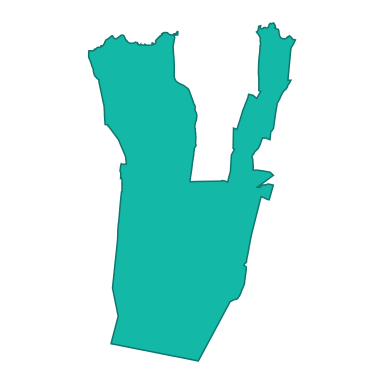 Sagaga le Falefa, A'ana, Samoa
{"feature_id": "51752279B7891864282518", "entity_name": "Sagaga le Falefa", "entity_type": "district", "adm_level": 2, "iso_a3": "WSM", "parent_name": "Samoa", "parent_adm1": "A'ana", "projection": "robinson", "projection_center": [-171.867, -13.864], "detail": "fine", "context": "isolated", "style": "filled", "palette": "teal", "viewbox_px": 384, "rotation_deg": 0, "n_neighbors": 0, "source": "geoboundaries", "source_scale": "gbopen_adm2", "svg_char_len": 4828}
<svg xmlns="http://www.w3.org/2000/svg" viewBox="0 0 384 384"><path d="M166.1,354.6L198.3,361.0L230.1,301.7L234.5,299.5L236.3,299.4L237.1,298.9L238.4,297.5L239.1,296.4L240.6,293.7L241.3,291.4L242.2,289.4L244.2,284.5L244.5,283.4L244.7,280.6L245.1,278.8L245.1,277.6L246.0,271.4L246.2,269.6L246.3,267.0L246.0,266.7L244.5,265.7L243.9,265.2L245.0,263.2L245.9,262.9L246.4,262.4L246.9,258.3L247.9,253.8L249.4,245.3L249.9,242.8L250.3,240.5L250.7,238.6L251.5,234.5L261.1,196.6L264.2,197.9L267.0,199.2L268.1,199.6L269.2,199.8L273.3,185.1L270.4,184.4L268.2,184.0L267.4,184.2L265.5,184.9L263.5,184.9L262.3,185.3L260.1,187.2L259.1,187.5L257.2,187.2L273.4,175.3L270.0,172.2L262.3,170.8L256.8,170.1L255.0,170.2L253.1,170.1L253.3,166.7L252.8,161.2L252.8,159.8L252.5,158.4L251.9,156.9L252.1,155.9L254.1,153.2L254.7,151.9L256.8,149.8L258.4,148.1L259.7,145.6L261.2,141.5L262.3,138.2L264.5,138.1L265.0,137.8L270.0,139.7L270.8,131.8L272.0,130.6L273.5,128.4L275.1,116.7L275.7,112.6L276.5,107.7L276.9,105.6L276.9,105.1L277.4,103.1L279.7,98.9L280.9,96.0L282.3,93.3L284.1,90.6L286.0,89.2L287.2,87.3L288.2,84.5L289.4,83.2L290.9,80.2L287.9,80.2L288.3,75.9L290.7,50.3L291.2,47.5L293.3,44.3L295.4,39.9L294.1,39.5L293.0,39.6L292.0,38.6L291.7,37.6L291.0,37.2L289.5,35.8L288.0,36.6L288.1,37.0L286.9,37.4L286.9,37.7L286.1,38.5L285.2,38.8L284.7,38.7L283.0,38.9L282.2,38.3L281.2,38.1L280.7,37.7L279.8,36.2L279.3,34.4L278.9,32.5L279.0,31.8L278.4,29.5L276.8,28.9L276.1,28.9L275.2,28.4L274.7,27.5L275.5,27.2L275.1,25.2L274.6,25.0L274.2,23.7L273.7,23.0L272.6,23.2L271.4,23.8L270.5,23.3L269.2,24.4L269.0,25.7L268.4,26.5L268.4,27.3L268.0,27.6L266.4,28.1L265.3,27.8L265.1,27.4L264.3,27.4L263.5,27.7L263.0,28.3L261.9,28.9L260.2,28.0L260.1,26.6L260.8,26.0L260.8,25.7L259.0,26.1L258.5,27.0L258.5,28.9L257.8,30.7L257.1,31.8L256.6,32.0L256.0,31.4L257.4,33.2L258.9,35.1L259.6,36.5L260.2,37.8L260.3,38.1L260.1,41.2L260.7,43.9L260.1,45.4L259.8,51.3L259.0,58.8L258.6,64.2L258.4,73.4L258.9,79.3L258.8,90.6L260.7,91.4L256.7,98.4L253.2,95.4L250.4,94.6L248.6,94.3L247.9,97.6L242.7,110.8L239.7,120.9L236.9,129.3L233.5,128.1L233.1,148.5L234.6,149.0L231.4,155.0L230.4,171.7L228.8,177.1L227.9,181.1L227.6,182.0L224.8,181.0L224.4,180.8L222.0,180.6L222.0,181.1L203.7,181.4L197.3,181.5L190.0,181.7L190.0,180.9L190.7,175.8L191.5,170.7L192.4,163.3L193.9,153.4L193.7,152.5L194.2,150.8L194.3,148.7L194.7,147.8L196.1,145.5L195.7,144.1L195.6,142.0L195.8,138.1L195.9,136.7L195.7,135.6L195.6,132.6L195.1,130.8L195.4,129.1L194.8,127.6L194.9,125.4L195.4,122.6L196.2,120.6L196.5,119.4L196.8,116.7L196.8,115.2L196.6,114.0L195.9,112.1L195.1,110.5L195.0,109.5L195.2,107.4L195.0,105.8L193.7,103.4L193.2,101.6L190.4,94.0L189.4,91.2L188.9,89.9L188.1,88.7L183.6,85.4L179.6,83.6L177.5,82.3L176.0,81.1L175.4,80.1L174.7,78.8L174.3,76.8L174.2,74.7L174.3,73.3L174.2,69.1L174.3,66.6L173.9,57.8L173.4,52.6L173.3,49.3L173.1,46.4L173.7,43.0L174.3,39.3L174.7,38.0L174.2,35.3L176.4,35.0L177.7,35.0L177.9,31.8L177.8,31.7L177.2,31.5L176.9,32.2L175.6,33.9L174.8,34.2L174.5,33.7L173.8,33.9L173.8,34.7L172.7,34.7L172.1,35.2L171.5,35.3L170.6,34.7L170.0,34.7L169.5,34.4L168.7,34.1L168.2,33.7L167.6,32.7L164.5,32.5L163.1,32.9L162.7,33.2L162.5,34.0L162.2,33.6L161.5,34.0L161.6,35.2L161.1,35.6L159.9,36.0L160.0,36.7L158.9,37.4L158.5,37.3L158.4,37.8L157.9,38.2L156.0,40.1L155.5,41.2L156.0,42.3L155.2,43.6L154.0,44.3L153.2,44.5L153.0,43.0L152.5,42.9L151.9,43.1L152.2,44.8L151.1,45.1L149.7,45.3L148.8,45.1L148.4,45.3L146.7,45.2L146.1,44.9L145.6,45.1L145.3,44.4L144.7,44.3L144.7,44.9L144.2,45.0L142.3,45.0L141.2,45.0L140.9,44.1L140.4,45.0L138.7,44.8L137.7,44.1L138.0,43.6L137.3,43.0L137.3,42.6L136.4,42.5L135.6,42.2L134.8,42.4L133.7,43.1L132.5,43.3L130.3,43.3L129.6,43.1L128.5,42.5L126.8,41.0L126.8,40.5L125.9,40.0L125.0,38.1L124.0,35.9L123.4,35.4L122.5,35.0L121.0,35.3L119.9,36.2L117.9,37.7L116.4,38.6L115.9,38.7L114.3,38.6L113.5,37.5L112.6,35.8L111.8,35.8L110.2,37.1L107.4,39.3L106.1,39.8L105.7,40.3L105.3,41.5L104.9,41.7L104.6,42.8L104.6,43.6L104.1,43.7L103.3,45.1L102.5,45.9L101.9,46.3L101.5,45.7L100.8,46.0L101.0,46.9L99.7,47.5L98.1,47.2L97.2,47.6L96.2,48.7L95.2,49.2L94.6,49.1L94.3,49.6L94.6,50.0L93.1,50.7L90.2,50.9L90.1,50.7L88.7,50.9L88.7,54.3L88.6,55.5L88.7,57.4L90.1,60.5L91.2,63.6L92.2,66.9L93.2,68.8L93.3,70.9L93.9,73.6L94.6,75.6L96.4,77.6L97.1,78.5L98.8,79.7L99.0,82.2L99.4,83.9L103.6,103.9L104.1,106.0L104.4,111.5L104.5,116.2L104.9,121.3L105.1,124.5L107.5,124.8L107.9,125.8L108.6,126.5L110.9,129.4L114.4,134.2L118.4,139.5L125.5,156.4L126.4,164.0L123.7,164.3L122.5,164.2L121.3,163.7L120.7,165.6L120.0,171.0L120.7,172.6L120.8,174.1L120.6,178.4L121.3,177.9L122.0,179.2L122.0,191.7L121.5,191.8L120.6,200.0L118.7,222.1L118.4,223.4L118.2,225.8L117.8,231.3L117.8,232.6L117.7,236.9L117.5,240.4L116.8,247.3L112.5,288.0L118.2,316.2L111.0,343.7L140.3,349.5L166.1,354.6Z" fill="#14b8a6" stroke="#0f766e" stroke-width="1.5"/></svg>